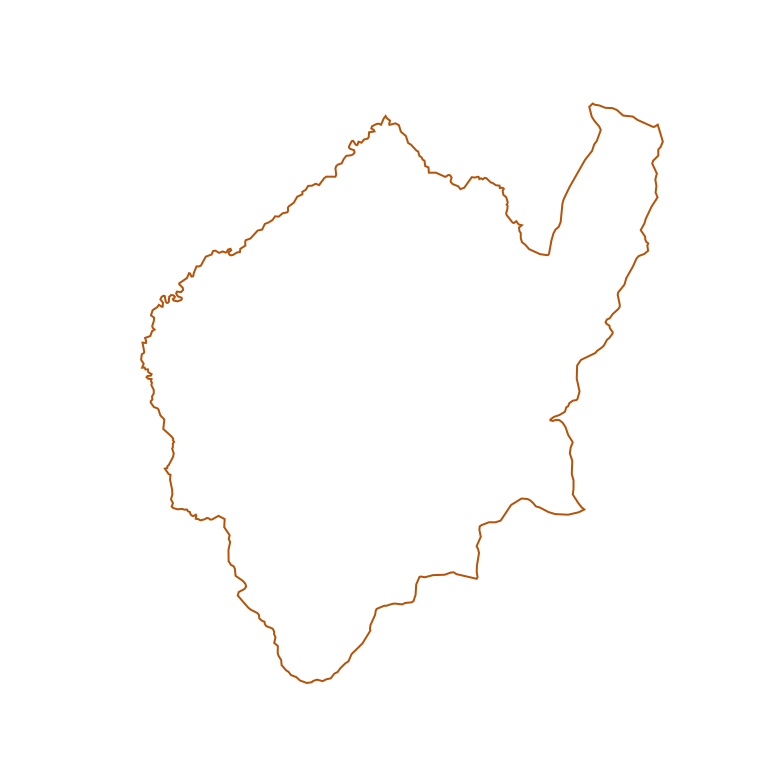 Paime, Cundinamarca, Colombia, rotated 8°
{"feature_id": "7082276B96064980503158", "entity_name": "Paime", "entity_type": "district", "adm_level": 2, "iso_a3": "COL", "parent_name": "Colombia", "parent_adm1": "Cundinamarca", "projection": "orthographic", "projection_center": [-74.184, 5.386], "detail": "fine", "context": "isolated", "style": "outline", "palette": "amber", "viewbox_px": 768, "rotation_deg": 8, "n_neighbors": 0, "source": "geoboundaries", "source_scale": "gbopen_adm2", "svg_char_len": 6135}
<svg xmlns="http://www.w3.org/2000/svg" viewBox="0 0 768 768"><g transform="rotate(8 384 384)"><path d="M619.0,89.1L615.8,91.8L614.4,91.9L598.3,87.2L593.1,84.5L583.5,84.9L576.4,80.2L571.7,79.0L564.8,79.7L558.6,78.2L553.9,78.1L551.7,77.2L548.7,81.0L552.5,90.3L555.7,94.1L561.1,98.9L563.2,101.9L563.1,103.4L560.9,113.7L558.8,117.5L557.6,124.2L551.9,134.0L540.3,163.2L536.2,176.1L535.6,180.5L536.4,199.0L535.1,204.1L532.3,207.3L530.9,211.1L529.8,218.7L529.3,232.1L528.7,233.3L527.7,233.7L520.5,233.7L509.0,230.3L504.5,226.4L500.8,224.3L499.1,220.3L498.4,215.4L496.9,213.9L495.9,210.3L498.4,207.6L495.1,207.2L492.3,204.4L490.4,206.4L488.9,206.3L481.7,199.4L481.2,197.5L481.8,193.8L481.6,190.3L480.5,189.4L481.2,188.0L481.0,186.2L478.9,181.9L475.9,180.1L474.6,176.2L475.5,174.1L474.9,173.5L473.6,173.2L471.5,173.8L470.8,171.5L467.2,171.6L463.4,169.7L461.8,169.6L456.8,166.0L455.1,165.8L453.3,167.6L451.5,166.8L449.9,167.8L449.0,165.9L448.0,165.7L445.5,166.9L442.1,167.0L436.2,178.4L432.6,180.4L430.0,177.9L424.3,176.5L422.2,174.9L421.7,173.7L422.2,170.1L420.4,168.1L418.6,168.1L415.9,170.4L406.0,167.5L399.0,168.5L397.9,163.3L394.5,162.5L393.0,157.2L391.0,156.4L389.6,154.3L387.3,153.2L385.5,149.0L383.6,148.3L377.4,143.2L374.4,142.0L371.2,135.4L365.6,131.8L362.7,125.6L359.1,124.3L353.4,126.6L352.9,125.7L353.3,122.4L349.8,120.4L348.3,118.4L346.7,121.3L345.0,127.7L342.9,126.9L340.5,127.5L336.2,130.5L335.9,132.8L338.4,133.7L339.4,135.2L334.2,136.8L334.5,141.7L333.6,143.3L330.2,144.7L328.1,148.2L325.1,147.6L324.5,150.6L323.9,151.3L322.6,150.9L319.6,147.5L318.3,148.0L316.4,153.1L316.4,154.7L317.7,155.8L321.9,156.7L322.6,159.0L321.6,160.7L319.8,162.0L314.9,163.3L312.8,166.9L311.4,171.4L308.0,173.0L306.4,174.8L305.9,177.2L307.5,183.4L307.0,185.5L298.0,186.7L296.1,188.6L292.0,196.1L288.5,195.2L285.1,197.6L281.3,198.4L279.4,202.7L276.4,205.0L276.8,207.5L272.0,210.6L269.4,217.1L264.9,221.4L264.3,222.9L264.9,225.9L264.4,227.4L259.8,229.1L256.5,232.9L252.8,233.1L250.8,237.1L247.5,239.9L243.7,242.1L241.9,248.0L237.6,249.6L231.4,258.6L227.1,260.8L226.7,262.3L227.5,266.2L222.9,270.1L222.9,273.5L220.2,274.1L216.8,277.0L214.6,277.9L213.0,277.5L211.9,276.0L212.2,274.7L214.0,273.0L213.2,271.5L210.8,272.6L209.8,275.3L208.9,275.9L205.7,275.2L202.5,277.1L198.4,275.4L196.3,276.0L195.2,279.8L189.8,282.7L186.2,292.2L184.6,293.3L182.0,293.6L180.2,300.5L180.0,303.9L178.4,304.4L176.5,301.5L175.5,301.4L174.1,306.5L167.2,312.8L167.4,313.8L171.3,316.7L172.0,318.8L170.2,321.2L166.0,321.4L165.6,323.3L167.6,325.9L171.5,326.7L172.0,327.8L171.5,329.0L168.0,330.9L164.0,330.6L163.1,329.3L164.6,327.8L164.7,326.5L163.0,325.5L160.7,325.6L159.1,327.7L159.5,332.5L158.7,333.7L157.6,333.9L156.5,333.0L154.6,327.4L153.3,327.3L151.6,328.8L150.8,331.4L153.8,334.2L154.1,338.2L153.3,338.5L150.1,336.9L148.8,339.4L144.6,343.1L143.7,348.5L147.1,350.3L147.3,353.7L146.4,359.0L147.2,360.6L149.2,362.1L147.0,363.9L145.9,369.0L141.0,371.6L142.6,375.1L142.5,376.5L139.1,376.6L142.1,385.6L141.8,386.8L140.0,388.3L140.1,393.8L143.2,397.4L142.2,401.5L144.6,401.0L145.7,402.8L148.2,402.4L148.9,405.1L152.5,406.6L152.1,408.0L148.6,409.1L147.9,410.3L150.0,411.7L153.1,411.5L152.9,413.9L154.0,414.9L153.8,417.5L156.8,421.9L157.3,425.5L156.0,428.6L156.8,431.6L155.4,433.5L155.6,434.9L159.4,438.9L163.0,439.6L164.2,440.6L166.9,446.2L171.4,449.7L171.7,459.3L180.7,465.4L182.9,467.6L182.8,469.0L184.2,470.5L183.2,472.2L183.7,476.4L183.2,477.5L185.4,481.9L185.3,485.3L182.1,494.3L181.0,495.3L181.1,497.3L178.8,498.3L183.3,503.2L185.2,503.6L185.4,508.4L188.9,518.2L189.8,523.0L189.1,527.9L191.6,531.3L190.8,535.0L192.7,536.2L197.0,536.8L201.3,535.8L203.8,536.2L206.4,535.8L207.5,537.3L209.6,537.8L210.4,539.8L211.9,541.0L213.5,541.4L215.8,539.6L216.4,540.5L216.3,543.6L219.2,543.7L221.1,544.6L225.3,542.9L227.2,541.3L229.3,541.5L230.6,542.4L232.6,542.1L238.4,537.6L245.0,539.9L245.7,548.0L252.2,555.3L251.8,559.1L253.6,561.9L253.1,570.2L254.8,581.1L257.8,584.6L259.9,585.1L261.1,586.2L262.1,588.0L263.7,594.6L271.4,598.5L274.4,601.0L275.7,603.7L274.5,606.3L269.1,610.2L268.6,613.9L280.6,624.3L283.4,626.0L290.4,628.4L292.2,629.9L293.2,633.6L296.5,635.6L298.7,636.0L299.4,638.2L301.0,640.1L307.3,641.6L308.5,642.5L309.8,644.9L309.9,646.9L311.8,650.0L311.3,655.7L315.3,658.2L316.2,665.3L317.4,667.8L320.6,671.7L321.7,676.6L327.0,681.2L329.5,682.3L332.4,685.2L337.8,686.4L342.1,689.3L349.2,690.8L353.7,689.5L355.3,687.8L358.9,686.1L364.6,686.8L367.9,684.5L372.2,682.9L375.1,677.8L378.2,675.6L380.4,671.4L384.5,666.1L387.4,663.6L389.5,656.0L398.8,643.8L404.8,630.1L404.1,628.1L404.2,624.5L407.3,613.9L407.4,609.6L408.0,607.7L415.2,603.5L416.9,603.4L423.0,600.5L425.5,599.9L432.7,599.7L435.6,597.8L441.7,596.4L443.5,594.8L444.6,588.3L443.8,578.0L446.0,570.1L447.4,569.5L451.3,569.7L459.3,566.4L470.4,564.5L476.4,561.4L479.2,560.8L482.2,562.2L502.9,564.0L503.5,562.0L502.0,557.4L501.3,551.2L501.6,538.1L500.2,534.5L498.3,531.8L501.1,521.8L498.7,515.0L498.6,511.7L500.2,510.2L507.2,506.3L513.4,505.5L518.5,503.1L526.7,486.1L536.1,478.3L541.8,477.9L544.4,478.6L548.0,480.9L551.5,484.1L555.5,484.6L564.6,487.9L571.6,489.0L584.6,487.8L594.5,484.0L599.8,480.4L596.7,478.5L593.0,474.9L586.3,467.1L586.3,461.9L585.1,453.0L582.5,447.1L581.1,433.8L577.7,426.9L577.7,420.7L579.0,415.8L578.6,414.9L573.4,408.7L569.8,401.5L566.2,397.4L562.6,395.4L559.3,395.6L556.3,397.1L553.8,396.8L553.8,395.9L557.0,392.8L561.9,390.4L566.3,386.9L567.1,386.1L567.7,381.8L569.4,380.4L570.2,377.2L573.2,374.3L576.6,373.2L577.6,372.2L578.7,364.2L574.1,351.8L572.7,338.8L575.7,332.7L589.1,323.8L590.3,321.6L594.9,317.3L596.4,315.3L598.7,309.1L600.6,307.2L603.3,302.3L603.3,300.9L599.9,297.3L599.1,294.9L595.8,293.3L594.8,292.0L595.7,289.2L598.3,287.5L600.9,282.7L605.7,277.0L606.6,275.0L606.5,272.9L603.0,263.1L603.1,260.8L608.3,252.1L609.2,245.5L614.2,232.8L616.6,224.5L618.5,221.8L623.6,219.0L627.0,215.3L625.5,210.3L626.1,208.0L623.9,206.7L622.6,204.5L622.1,201.8L616.8,195.9L619.5,188.8L620.3,183.7L624.3,171.0L628.9,161.1L626.3,156.5L626.2,150.0L624.2,143.7L624.9,137.6L618.9,128.3L619.5,125.3L623.8,119.7L623.0,113.6L624.9,110.9L626.4,105.2L619.0,89.1Z" fill="none" stroke="#b45309" stroke-width="2"/></g></svg>